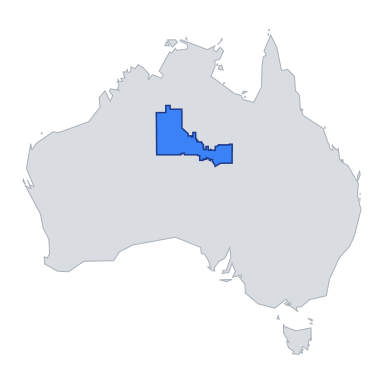 location of Central Desert, Northern Territory, Australia
{"feature_id": "25037944B81249572637263", "entity_name": "Central Desert", "entity_type": "district", "adm_level": 2, "iso_a3": "AUS", "parent_name": "Australia", "parent_adm1": "Northern Territory", "projection": "robinson", "projection_center": [134.79, -21.072], "detail": "fine", "context": "in_parent", "style": "filled", "palette": "blue", "viewbox_px": 384, "rotation_deg": 0, "n_neighbors": 0, "source": "geoboundaries", "source_scale": "gbopen_adm2", "svg_char_len": 7025}
<svg xmlns="http://www.w3.org/2000/svg" viewBox="0 0 384 384"><path d="M276.8,47.3L281.5,70.5L287.6,69.4L294.5,76.3L295.4,90.5L299.5,95.4L300.3,108.7L303.2,115.5L323.0,128.3L330.4,149.2L332.7,150.2L333.1,146.5L337.4,150.3L338.2,148.5L339.7,159.1L342.2,162.2L347.8,165.5L358.3,183.4L357.4,195.4L361.0,209.7L354.1,236.6L349.7,246.3L339.5,257.4L329.4,279.3L326.4,295.7L309.8,299.6L301.3,306.7L296.2,307.3L297.5,311.4L289.7,305.5L290.9,304.1L290.5,302.6L289.0,302.6L286.3,305.1L284.4,303.6L287.7,301.2L285.9,299.3L274.8,308.2L258.1,303.8L245.3,293.0L245.0,284.5L239.0,276.9L241.6,277.1L241.5,274.9L232.6,277.2L235.4,271.5L232.0,263.2L228.7,272.6L222.2,273.5L223.2,270.4L226.3,270.4L230.8,257.4L229.7,247.7L225.1,257.9L218.6,261.8L214.2,267.9L214.8,271.0L212.2,270.6L207.9,267.2L210.6,267.2L208.7,261.1L204.7,254.3L201.3,253.4L200.7,247.4L175.3,237.2L132.7,245.0L119.3,251.9L113.6,260.7L83.9,261.3L68.3,271.8L57.3,271.1L44.7,264.0L44.2,256.8L47.2,258.0L49.6,253.7L48.9,239.1L43.1,228.1L40.6,214.3L25.3,185.5L30.9,188.6L27.3,179.9L29.8,185.0L34.0,186.6L26.5,168.6L30.7,143.7L31.9,149.6L36.5,143.2L52.9,131.8L58.9,132.5L88.9,121.6L100.0,107.1L99.1,97.6L105.0,90.8L110.2,101.4L112.7,95.5L109.4,91.3L110.4,88.8L120.3,90.5L117.2,89.5L119.2,85.3L117.3,81.7L122.6,81.2L120.7,78.4L125.1,78.0L123.5,74.1L127.3,69.6L127.6,72.3L130.7,71.9L130.9,66.9L135.3,68.7L138.1,64.6L142.9,67.4L149.2,74.4L148.1,80.1L152.4,74.7L161.4,78.2L163.2,75.2L159.2,71.0L169.7,51.9L171.8,53.1L175.4,48.4L176.7,50.4L187.5,48.9L187.2,44.3L179.9,40.9L181.1,39.7L207.3,49.6L214.9,46.0L213.0,49.7L216.2,51.8L220.2,47.3L223.6,51.1L219.5,59.6L214.9,60.4L215.1,66.5L210.9,76.1L234.5,93.6L241.0,95.3L243.0,99.5L253.7,102.4L261.4,87.2L262.1,65.2L263.4,56.9L266.1,54.9L264.0,51.1L270.7,35.1L276.8,47.3ZM283.5,326.1L295.9,330.8L311.0,327.9L311.2,340.9L310.3,338.6L308.6,341.4L307.8,350.0L302.7,346.5L298.9,354.4L292.5,353.7L293.9,351.5L288.5,347.8L286.6,341.1L289.0,342.3L283.6,333.0L283.5,326.1ZM167.6,39.8L175.2,39.8L177.5,42.2L172.5,47.0L167.6,39.8ZM219.4,279.8L232.1,279.5L226.7,281.6L219.4,279.8ZM221.6,65.2L223.1,70.0L218.4,69.2L219.1,65.8L221.6,65.2ZM357.7,181.3L357.6,175.9L359.6,171.4L360.2,174.7L357.7,181.3ZM308.0,318.4L312.1,319.5L312.1,321.3L308.0,318.4ZM166.9,41.3L169.6,45.9L164.8,45.6L166.9,41.3ZM279.2,319.2L276.9,318.7L278.3,315.6L279.2,319.2ZM246.9,91.6L244.6,93.0L242.3,93.8L243.4,91.1L246.9,91.6ZM25.3,184.3L23.3,181.7L23.0,179.2L23.3,179.1L25.3,184.3ZM311.1,323.1L312.7,324.3L309.6,323.3L311.1,323.1ZM341.3,159.8L343.0,159.8L343.0,162.1L341.3,159.8ZM300.9,108.5L302.9,109.9L302.5,110.7L300.9,108.5ZM302.3,351.2L302.4,353.3L300.8,352.6L302.3,351.2ZM360.0,197.4L360.0,200.4L359.8,200.3L360.0,197.4ZM186.8,39.6L185.6,38.3L186.4,37.7L186.8,39.6ZM221.9,39.9L220.1,42.2L222.2,38.1L221.9,39.9ZM360.4,193.8L359.5,194.8L360.1,193.8L360.4,193.8ZM224.6,83.3L223.5,83.8L224.1,82.6L224.6,83.3ZM217.9,65.1L216.6,65.4L217.4,63.9L217.9,65.1ZM42.2,131.9L41.9,133.9L41.3,133.7L42.2,131.9ZM268.5,34.0L268.4,35.7L267.9,34.5L268.5,34.0ZM289.0,303.4L289.3,304.4L288.8,304.1L289.0,303.4ZM219.6,42.9L217.1,44.6L219.7,42.5L219.6,42.9ZM123.7,71.8L122.8,72.9L123.3,71.6L123.7,71.8ZM303.3,349.6L302.5,350.0L302.9,349.3L303.3,349.6ZM245.7,97.2L244.4,97.2L245.1,96.2L245.7,97.2ZM118.7,80.3L118.0,81.0L118.0,79.5L118.7,80.3ZM309.5,345.1L308.4,345.7L308.8,344.6L309.5,345.1ZM269.4,29.6L269.2,30.7L268.5,30.2L269.4,29.6ZM288.3,304.7L289.4,305.7L287.6,305.4L288.3,304.7ZM325.4,128.1L324.5,128.2L324.9,126.9L325.4,128.1ZM332.4,146.3L331.9,146.3L332.3,145.4L332.4,146.3ZM284.1,324.5L283.8,325.3L283.5,324.3L284.1,324.5Z" fill="#d9dde1" stroke="#a8b0b8" stroke-width="1"/><path d="M232.2,144.2L229.5,144.2L229.5,144.9L226.6,144.9L225.5,144.9L224.0,144.9L221.3,144.9L219.5,144.9L219.5,144.7L219.4,144.7L219.2,144.7L219.0,144.8L218.9,144.8L218.5,144.9L218.5,145.0L218.4,145.1L218.2,145.2L218.1,145.3L218.0,145.5L217.9,145.5L217.7,145.6L217.5,145.8L217.4,145.8L217.3,146.0L217.2,146.0L216.9,146.3L216.7,146.5L215.2,146.5L215.2,147.4L215.2,150.2L214.7,150.1L214.5,150.5L214.2,150.4L213.5,150.3L212.6,150.2L212.1,150.2L210.9,149.3L210.4,149.6L210.4,149.8L210.4,150.2L209.1,150.2L208.3,150.2L208.3,149.3L208.3,149.0L208.3,148.3L208.3,146.5L208.1,146.5L206.0,146.5L206.0,149.4L206.0,149.6L205.5,149.6L203.9,149.6L203.9,149.4L203.9,149.2L203.9,148.9L203.9,148.6L203.9,148.3L203.8,147.8L203.6,147.8L203.1,147.8L203.1,147.7L203.2,147.4L203.3,147.3L203.3,147.2L203.2,147.1L203.2,146.7L203.2,146.4L203.3,146.2L203.5,146.1L203.7,145.3L203.1,144.4L202.2,143.4L201.7,143.4L201.7,142.0L201.0,142.0L200.4,142.0L199.5,142.0L196.8,141.9L197.0,141.8L197.2,141.6L197.3,141.6L197.4,141.3L197.5,141.2L197.7,140.7L197.1,140.7L196.8,140.7L196.7,140.7L196.7,139.1L196.1,139.1L195.7,139.1L195.7,137.3L195.7,135.1L195.7,134.4L195.7,132.5L192.9,132.5L192.9,134.1L192.9,135.3L192.9,137.1L191.5,137.1L191.5,135.9L190.8,135.9L188.1,135.9L188.1,135.2L188.1,133.7L186.1,131.9L184.1,130.0L183.3,129.3L181.9,127.9L181.9,125.4L181.9,125.0L181.9,122.1L181.9,119.3L181.9,116.6L181.9,116.4L181.9,113.5L181.8,110.6L181.8,109.2L179.2,109.2L178.7,109.2L174.5,109.2L171.4,109.2L170.3,109.2L170.2,109.2L170.1,107.7L170.1,105.5L168.4,105.5L167.5,105.5L165.8,105.5L165.8,107.9L165.8,108.3L165.8,108.9L165.8,111.8L165.8,112.6L160.0,112.6L158.9,112.6L158.2,112.6L156.3,112.6L156.3,114.0L156.3,115.9L156.4,116.8L156.4,117.8L156.4,118.1L156.4,119.1L156.5,135.2L156.5,137.4L156.6,143.6L156.6,147.3L156.7,154.8L160.3,154.8L165.2,154.8L167.7,154.8L170.2,154.8L170.9,154.8L173.5,154.8L174.8,154.8L176.1,154.8L177.4,154.8L178.3,154.8L179.4,154.8L180.9,154.8L180.9,153.7L181.0,153.7L182.4,153.7L182.4,153.2L184.4,153.2L184.4,154.8L187.1,154.8L187.7,154.8L187.8,154.8L188.7,154.8L190.0,154.8L190.5,154.8L193.1,154.8L194.6,154.8L195.3,154.8L196.4,154.8L196.7,154.8L197.2,154.8L197.2,155.1L197.6,155.6L199.7,155.6L199.7,157.0L199.7,157.7L199.7,160.4L201.3,160.4L201.6,160.4L202.3,160.4L202.3,160.1L202.5,160.0L203.6,160.0L203.6,159.7L203.6,158.9L204.2,158.9L204.2,159.1L204.6,159.1L204.6,159.3L205.0,159.3L206.0,159.3L206.6,159.3L206.6,157.6L207.4,158.2L208.1,158.3L208.6,158.3L208.7,158.5L208.9,158.8L209.0,158.9L209.0,159.0L209.1,159.3L209.2,159.5L209.2,160.0L209.4,160.0L209.6,160.1L209.8,160.2L209.8,160.3L210.0,160.5L210.5,160.6L210.5,159.4L211.5,159.4L212.5,159.4L212.5,162.0L212.8,162.1L213.0,162.2L213.2,162.3L213.3,162.4L213.3,162.5L213.5,162.7L213.5,162.8L213.6,163.0L213.7,163.3L213.8,163.3L213.9,163.5L214.0,163.5L214.2,163.8L214.2,164.0L214.3,164.1L214.5,164.3L214.6,164.5L214.6,164.8L214.7,165.0L214.8,165.0L214.9,165.3L215.0,165.3L215.1,165.5L215.2,165.8L215.2,166.0L215.3,166.0L215.3,166.3L215.8,166.0L218.1,164.6L220.5,163.2L222.4,163.2L224.1,163.2L226.8,163.1L229.4,163.1L232.1,163.1L232.1,161.0L232.1,159.7L232.1,156.2L232.1,155.6L232.1,155.2L232.1,154.9L232.1,154.6L232.1,154.1L232.1,153.9L232.1,153.4L232.1,153.0L232.1,152.7L232.1,152.4L232.1,152.2L232.2,150.8L232.2,150.6L232.2,149.3L232.2,148.7L232.2,148.4L232.2,148.2L232.2,147.7L232.2,145.6L232.2,144.3L232.2,144.2Z" fill="#3b82f6" stroke="#1e3a8a" stroke-width="1.5"/></svg>